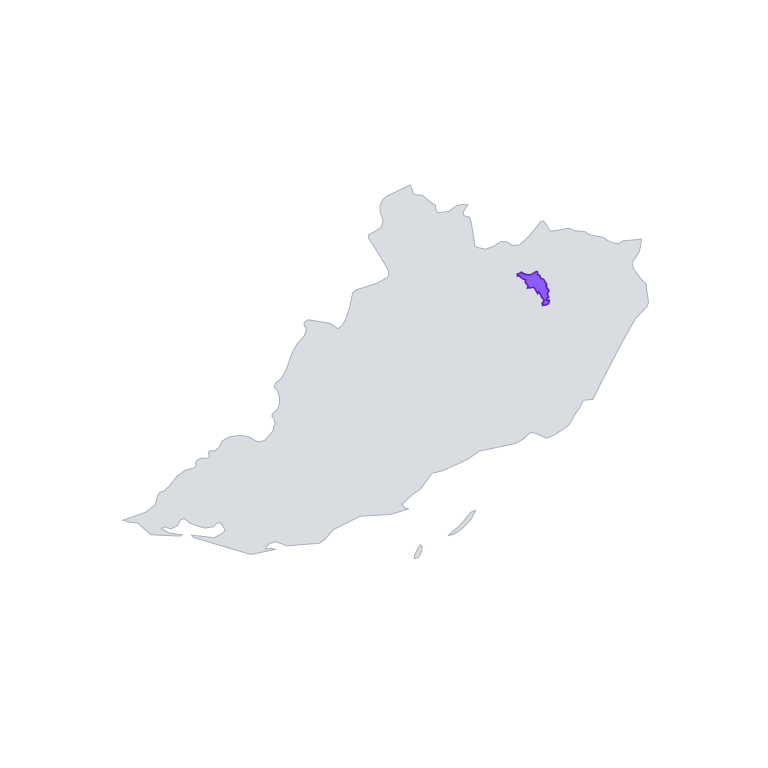 location of Intibuca, Intibucá, Honduras, rotated 157°
{"feature_id": "27666195B5918981797779", "entity_name": "Intibuca", "entity_type": "district", "adm_level": 2, "iso_a3": "HND", "parent_name": "Honduras", "parent_adm1": "Intibucá", "projection": "mercator", "projection_center": [-88.141, 14.453], "detail": "fine", "context": "in_parent", "style": "filled", "palette": "violet", "viewbox_px": 768, "rotation_deg": 157, "n_neighbors": 0, "source": "geoboundaries", "source_scale": "gbopen_adm2", "svg_char_len": 6855}
<svg xmlns="http://www.w3.org/2000/svg" viewBox="0 0 768 768"><g transform="rotate(157 384 384)"><path d="M677.7,360.6L653.3,359.1L641.8,362.1L636.8,368.9L632.4,372.0L628.8,371.3L621.5,374.0L610.5,380.0L600.5,382.3L591.7,380.8L589.1,382.3L588.4,384.3L587.1,386.2L583.6,387.3L579.7,386.7L575.3,384.6L572.9,385.5L572.7,389.4L570.3,390.5L565.8,388.6L560.7,390.1L555.0,394.8L547.0,395.8L536.8,393.1L528.8,388.0L523.2,380.4L516.5,378.5L504.7,384.1L499.7,390.7L498.7,394.7L499.8,398.3L497.6,400.7L492.2,401.9L488.0,406.4L485.1,414.0L484.6,420.0L486.3,424.1L483.5,427.2L476.4,429.2L467.9,435.8L458.1,447.0L448.4,454.9L438.7,459.4L434.1,464.3L434.4,469.7L433.8,471.4L432.0,472.1L428.8,472.8L410.1,461.0L404.8,452.8L400.2,454.0L394.3,458.2L386.1,467.5L377.2,480.1L372.9,481.5L350.9,479.6L339.2,480.7L336.8,482.4L335.7,487.0L336.3,493.2L339.6,515.4L341.3,524.5L339.6,527.4L333.6,527.8L325.9,529.1L321.7,533.3L320.7,537.6L320.3,543.6L317.9,549.8L313.1,554.2L308.4,555.8L282.0,557.0L282.5,546.8L274.9,542.6L270.6,534.1L266.8,528.3L268.0,524.8L267.7,520.7L257.0,517.5L246.9,520.0L241.1,518.4L236.9,516.2L244.2,511.1L244.7,508.0L242.4,505.8L240.0,504.3L240.7,498.6L242.2,491.8L246.3,475.9L244.7,473.2L238.0,468.4L229.5,467.9L220.2,469.4L215.6,467.0L211.7,461.5L205.0,458.9L193.2,463.2L180.6,469.8L176.8,472.2L173.6,471.9L172.2,467.0L171.6,461.1L170.8,459.7L164.1,457.6L156.3,456.1L152.3,454.5L148.6,450.6L139.2,445.5L137.1,441.7L124.6,433.0L122.1,428.7L119.3,425.5L113.3,421.5L108.6,422.5L92.7,417.5L90.3,417.0L92.5,412.7L97.5,405.9L108.4,398.4L109.3,392.3L106.5,380.6L103.6,373.0L105.1,369.6L108.5,356.0L111.2,352.8L126.9,345.9L128.4,344.9L140.8,335.3L154.5,324.5L168.8,312.7L184.8,299.4L193.6,291.7L197.7,288.3L206.9,291.1L214.1,284.8L218.3,282.7L228.1,275.2L231.1,273.5L247.5,270.5L255.5,270.5L262.4,278.2L267.9,282.3L278.2,278.7L286.9,278.0L322.7,285.0L337.0,281.9L363.1,281.2L374.9,283.0L391.5,273.0L402.1,270.9L414.6,266.2L413.0,261.4L410.0,259.3L429.1,261.4L457.5,271.6L487.8,269.7L498.7,264.2L505.8,262.7L536.8,273.1L544.9,281.1L551.3,281.9L556.3,280.1L557.6,278.4L551.5,276.7L548.7,274.2L573.2,279.1L619.2,317.0L620.1,320.1L600.5,308.9L590.1,309.8L587.4,311.6L588.0,317.7L588.9,320.6L593.4,320.9L596.7,319.2L604.8,321.2L610.2,325.3L616.7,331.5L620.6,338.3L624.8,338.4L629.0,334.3L636.8,333.8L641.8,338.4L645.4,338.1L640.4,331.1L628.6,324.0L631.4,323.8L657.6,336.4L665.0,352.2L671.2,355.7L677.7,360.6ZM368.9,224.4L353.7,232.1L348.9,231.9L355.9,226.0L367.1,220.9L376.6,218.4L384.4,219.4L368.9,224.4ZM420.8,216.2L413.6,221.9L412.3,219.3L415.8,214.0L420.1,211.0L424.3,211.3L423.3,213.6L420.8,216.2Z" fill="#d9dde1" stroke="#a8b0b8" stroke-width="1"/><path d="M199.0,396.6L199.3,396.9L199.5,396.9L199.8,397.0L200.2,397.2L200.5,397.4L201.3,397.7L201.9,397.7L201.9,397.8L201.6,398.1L201.4,398.6L201.2,398.8L200.6,399.0L200.3,399.3L200.2,399.3L199.8,399.4L199.4,399.6L199.2,399.5L199.0,399.3L198.8,399.2L198.7,399.2L198.8,399.4L198.8,399.7L198.7,399.7L198.5,399.8L198.6,400.0L198.6,400.4L198.6,400.5L198.6,400.8L198.7,401.0L198.6,401.3L198.6,401.6L198.6,401.8L198.4,401.9L198.4,402.0L198.5,402.4L198.4,402.5L198.5,402.7L198.6,402.8L198.4,402.9L198.2,403.2L198.1,403.4L198.0,403.5L197.9,403.7L197.6,403.9L197.4,404.2L197.2,404.2L197.1,404.4L196.9,404.4L196.8,404.9L196.6,405.0L196.3,405.4L196.2,405.5L196.0,405.4L196.0,405.5L195.8,405.7L195.7,405.7L195.7,406.0L195.8,406.2L195.7,406.4L195.6,406.5L195.5,406.8L195.7,407.0L195.8,407.0L196.0,407.2L196.3,407.2L196.7,407.5L196.7,407.8L196.8,408.0L196.6,408.1L196.6,408.4L196.4,408.6L196.5,408.7L196.5,408.8L196.5,409.0L196.4,409.1L196.4,409.3L196.5,409.4L196.6,409.6L196.5,409.8L196.4,410.0L196.5,410.0L196.7,410.4L196.4,410.5L196.1,410.6L196.1,410.8L196.2,411.1L196.1,411.4L196.0,411.5L195.8,411.5L195.7,411.5L195.4,411.7L195.3,411.8L195.4,412.2L195.3,412.3L195.3,412.6L195.3,412.9L195.3,413.0L195.5,413.3L195.5,413.6L195.6,413.8L195.5,414.1L195.7,414.3L195.8,414.4L195.8,414.6L195.9,414.8L196.0,415.0L195.9,415.1L195.9,415.4L195.8,415.6L195.9,415.9L195.8,416.0L195.9,416.3L195.8,416.8L196.1,417.4L196.1,417.5L196.1,417.8L196.3,418.2L198.4,420.2L198.2,423.3L199.8,424.2L199.5,425.1L198.8,427.3L199.0,427.3L199.3,427.4L199.7,427.6L199.8,427.7L199.8,427.8L199.9,428.0L200.1,427.9L200.4,427.9L200.7,428.0L200.8,428.0L201.2,428.0L201.3,428.0L201.4,427.8L201.6,427.7L201.8,427.6L202.0,427.5L202.4,427.5L203.1,427.7L203.8,427.7L204.1,427.6L204.3,427.6L204.7,427.5L205.1,427.5L205.8,427.2L206.0,427.2L206.5,427.3L206.8,427.3L207.0,427.5L207.3,427.8L207.5,427.9L207.9,427.9L208.1,427.8L208.2,428.0L208.3,428.0L208.8,428.5L209.1,428.7L209.4,428.7L209.4,428.8L209.6,428.9L209.9,428.8L210.0,429.0L210.6,429.3L210.7,429.6L210.9,429.7L211.1,429.9L211.2,430.1L211.6,430.2L211.8,430.2L211.8,430.3L211.9,430.5L212.0,430.7L212.3,430.8L212.5,431.0L212.7,431.3L212.6,431.6L212.6,431.9L212.8,432.0L213.1,432.4L213.2,432.5L213.5,432.6L213.8,432.8L213.9,433.0L214.0,433.2L214.0,433.3L214.5,433.1L215.0,433.0L218.5,433.1L218.6,432.8L218.6,432.7L218.8,432.5L218.8,432.2L218.8,431.7L218.9,431.4L218.7,431.3L218.7,431.2L218.8,431.0L218.7,431.0L218.7,430.9L218.7,431.0L218.4,431.1L218.2,431.1L217.9,431.2L217.7,431.0L217.5,430.9L217.4,430.9L217.2,430.7L217.2,430.4L217.1,430.2L216.9,429.9L216.7,429.8L216.7,429.6L216.8,429.5L216.7,429.4L216.5,429.0L216.5,428.8L216.4,428.7L216.2,428.5L216.2,428.3L216.0,428.2L215.9,428.0L215.7,427.8L215.6,427.6L215.3,427.1L215.3,426.9L215.2,426.5L213.4,425.1L212.8,424.6L213.1,424.5L213.1,424.4L213.1,424.2L213.4,424.2L213.5,424.0L213.5,423.9L213.8,422.9L214.0,422.9L214.2,422.7L214.1,422.4L214.2,422.1L214.1,421.9L214.0,421.7L213.8,421.6L213.7,421.4L213.8,421.3L213.9,421.1L214.0,420.8L213.8,420.6L213.8,420.4L213.7,420.2L213.4,419.5L213.3,419.1L213.3,418.7L213.1,418.5L213.0,418.4L213.0,418.2L213.3,418.0L213.2,417.9L213.3,417.7L213.2,417.6L213.3,417.5L213.4,417.4L213.5,417.2L213.5,417.3L213.6,417.1L213.9,416.8L213.9,416.7L214.0,416.7L214.3,416.5L214.4,416.4L214.2,416.4L214.0,416.2L213.9,416.2L213.7,416.2L213.2,415.8L213.1,415.7L212.9,415.7L208.3,414.5L207.2,407.1L205.9,408.5L205.2,407.1L205.0,404.6L205.0,404.1L205.0,403.9L205.0,403.7L204.9,403.6L204.7,403.3L204.6,403.2L204.5,402.8L204.6,402.6L205.0,402.6L205.2,402.4L203.8,399.0L204.0,398.9L204.2,398.7L204.2,398.4L204.1,398.1L204.2,397.9L204.4,397.8L204.7,397.5L204.9,397.5L205.1,397.4L205.3,397.4L205.5,397.4L205.7,397.2L205.8,397.2L206.1,397.0L206.2,396.8L206.4,396.8L206.4,396.7L206.7,396.7L206.9,396.6L207.0,396.4L206.9,396.0L207.0,396.0L207.1,395.7L206.9,395.7L206.7,395.6L206.5,395.3L206.5,395.2L206.7,394.9L206.6,394.7L206.8,394.4L207.0,394.3L207.1,394.2L203.9,393.4L201.1,393.6L200.9,393.8L200.8,394.0L200.6,394.2L200.5,394.5L200.3,394.8L200.3,395.0L200.1,395.2L199.8,395.2L199.8,395.3L199.9,395.5L199.6,395.4L199.6,395.5L199.4,395.7L199.4,395.9L199.2,396.1L199.1,396.4L199.0,396.6Z" fill="#8b5cf6" stroke="#5b21b6" stroke-width="1.5"/></g></svg>